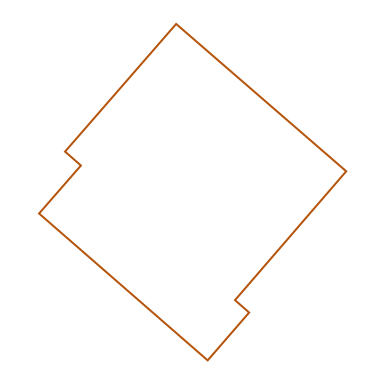 Guthrie, Iowa, United States of America (orthographic projection), rotated 41°
{"feature_id": "52423323B90698897745067", "entity_name": "Guthrie", "entity_type": "district", "adm_level": 2, "iso_a3": "USA", "parent_name": "United States of America", "parent_adm1": "Iowa", "projection": "orthographic", "projection_center": [-94.519, 41.683], "detail": "fine", "context": "isolated", "style": "outline", "palette": "amber", "viewbox_px": 384, "rotation_deg": 41, "n_neighbors": 0, "source": "geoboundaries", "source_scale": "gbopen_adm2", "svg_char_len": 277}
<svg xmlns="http://www.w3.org/2000/svg" viewBox="0 0 384 384"><g transform="rotate(41 192 192)"><path d="M126.1,75.5L69.8,75.6L69.7,244.8L90.8,244.9L90.7,308.6L314.3,308.8L314.2,245.5L295.4,245.4L294.8,75.2L126.1,75.5Z" fill="none" stroke="#b45309" stroke-width="2"/></g></svg>